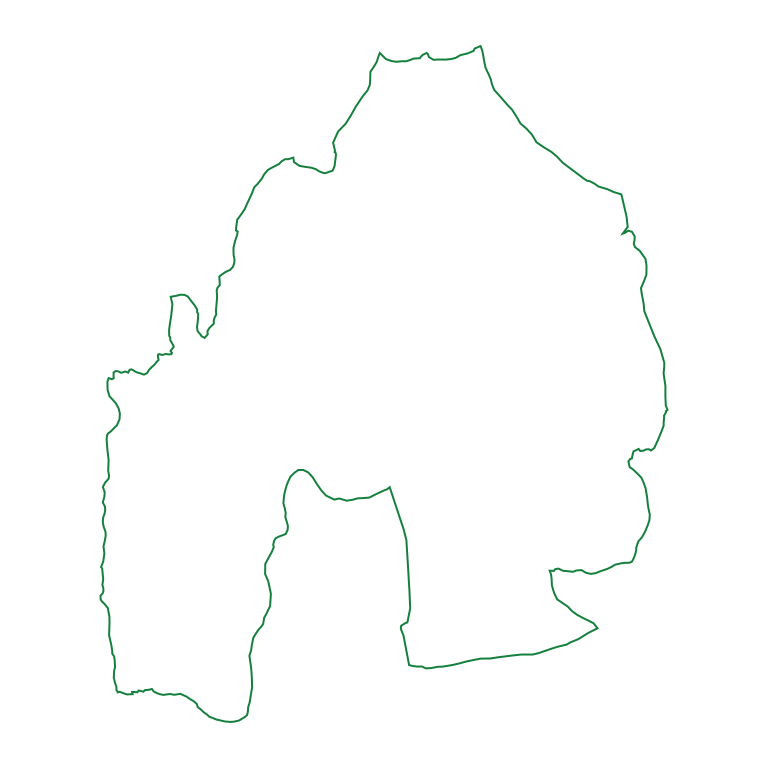 outline of Kasulu Township Authority, Kigoma, United Republic of Tanzania
{"feature_id": "72390352B60593007856017", "entity_name": "Kasulu Township Authority", "entity_type": "district", "adm_level": 2, "iso_a3": "TZA", "parent_name": "United Republic of Tanzania", "parent_adm1": "Kigoma", "projection": "robinson", "projection_center": [30.062, -4.582], "detail": "fine", "context": "isolated", "style": "outline", "palette": "green", "viewbox_px": 768, "rotation_deg": 0, "n_neighbors": 0, "source": "geoboundaries", "source_scale": "gbopen_adm2", "svg_char_len": 6011}
<svg xmlns="http://www.w3.org/2000/svg" viewBox="0 0 768 768"><path d="M117.8,692.3L119.7,691.8L124.7,693.7L126.9,694.4L131.6,694.2L132.6,694.2L132.1,692.0L134.6,692.0L137.4,692.3L138.7,690.5L141.3,691.1L143.4,691.7L145.0,690.1L148.8,689.8L151.9,689.0L153.6,691.4L156.8,693.1L159.6,694.1L163.5,694.9L166.8,694.4L170.2,694.0L174.2,694.8L177.5,694.3L180.3,693.8L186.7,696.7L189.6,698.8L193.7,701.2L196.8,704.0L197.8,707.2L200.9,709.5L203.3,711.9L207.1,714.6L209.1,716.6L216.4,719.5L225.1,721.5L230.1,721.9L233.8,721.7L239.1,720.5L245.0,716.9L247.1,715.0L247.8,712.0L248.3,706.6L249.6,702.7L252.1,687.2L251.8,676.8L251.2,668.3L249.4,655.7L251.1,650.5L251.9,644.7L253.4,637.6L255.8,633.7L258.5,629.7L260.6,627.4L263.1,624.1L264.2,617.7L266.5,613.6L268.2,609.9L270.1,606.2L270.9,593.8L268.2,581.1L265.1,574.0L265.3,563.8L268.6,557.7L271.8,551.9L273.8,547.1L273.2,544.9L274.1,540.8L275.7,538.2L279.6,536.3L283.0,535.1L285.7,534.0L287.6,530.0L287.9,525.8L285.3,516.8L285.7,512.7L284.7,508.0L283.4,503.3L283.8,498.2L284.4,493.8L285.9,487.9L286.7,485.2L288.2,481.4L290.6,476.4L294.8,472.5L298.3,470.0L303.3,470.0L308.2,472.4L312.6,477.2L317.2,484.5L321.5,490.6L326.1,495.6L334.3,499.6L339.2,498.5L346.8,500.7L352.9,499.7L357.7,498.3L362.9,498.1L369.2,497.6L377.4,493.5L381.8,491.5L384.1,490.4L386.9,489.4L389.7,487.2L403.8,529.9L406.4,540.3L408.1,568.0L409.0,583.7L409.4,590.1L410.2,608.3L407.4,622.4L405.0,623.3L401.2,625.7L400.8,628.7L403.5,635.6L409.1,665.0L411.7,665.8L416.4,666.5L422.1,666.5L425.8,668.4L431.7,668.0L437.5,666.8L442.9,666.6L452.6,665.0L458.6,663.6L466.3,661.5L473.0,660.1L480.8,658.6L490.2,658.5L499.4,657.1L512.4,655.5L521.6,654.5L532.8,654.5L538.7,653.1L550.8,648.9L558.2,646.6L566.6,644.6L570.3,642.4L578.2,639.2L588.7,632.7L597.5,628.3L593.6,623.3L589.0,620.9L582.6,617.8L576.8,614.6L571.9,611.0L567.8,606.6L557.2,599.4L554.1,592.9L551.9,585.4L551.6,578.7L551.0,574.3L549.7,570.7L553.9,570.9L555.2,569.2L558.4,568.6L563.2,570.8L568.7,571.3L573.0,571.8L576.3,570.5L581.5,570.1L586.2,572.9L591.0,573.9L595.8,573.1L600.5,571.2L607.6,568.8L611.5,566.9L615.1,564.7L620.3,563.5L624.6,562.8L629.1,562.8L631.9,561.7L633.5,558.7L635.1,554.7L636.3,549.7L636.2,547.8L638.3,541.5L641.9,537.3L645.1,531.6L647.6,525.6L649.4,520.3L649.8,514.7L648.4,508.1L647.8,504.3L647.1,497.3L645.6,488.2L643.4,482.1L641.3,477.6L637.4,473.6L633.0,469.4L629.7,467.2L628.4,461.5L630.2,458.9L631.8,458.6L632.7,454.4L633.5,451.4L636.1,450.2L638.6,448.9L640.2,451.0L643.4,450.7L646.4,449.3L649.1,449.3L651.0,450.5L654.3,448.0L657.9,440.1L661.9,430.4L663.7,425.4L663.6,423.3L664.2,416.4L664.0,415.8L666.1,412.0L665.9,411.2L667.5,409.9L665.8,405.6L665.4,397.0L665.4,385.9L663.6,373.4L664.2,367.3L664.3,362.7L660.4,349.3L654.2,336.0L644.3,311.1L643.6,303.5L641.5,292.4L641.0,288.1L644.0,281.1L646.4,274.6L646.5,265.6L645.5,258.9L639.8,250.9L634.9,247.0L633.8,243.7L634.5,240.3L634.7,236.4L632.0,231.8L628.2,230.7L625.0,232.8L622.8,233.6L627.7,226.9L626.5,216.4L621.4,194.4L613.9,192.1L607.2,189.1L598.4,186.5L594.7,183.8L589.8,181.2L586.9,180.7L583.7,178.5L562.7,162.7L557.0,156.6L551.4,151.9L543.7,147.2L536.5,142.3L531.8,134.4L526.3,128.5L520.4,123.4L517.1,117.6L512.0,109.6L507.9,105.4L499.1,95.3L494.2,89.9L492.0,84.4L490.9,79.7L488.7,74.4L487.2,71.3L485.5,67.5L484.1,60.9L483.2,55.3L482.2,50.3L480.5,46.1L479.9,46.3L474.6,48.6L473.6,50.9L467.7,53.4L463.0,54.5L460.3,55.2L455.6,57.9L451.3,59.0L445.7,59.6L438.8,59.5L433.5,59.8L428.9,57.0L428.0,54.3L426.6,53.0L422.7,54.9L420.7,56.9L419.9,58.2L413.5,58.6L410.2,60.0L405.8,61.3L402.1,61.2L396.5,61.8L391.3,61.0L386.0,59.1L379.8,53.0L378.5,56.3L376.7,62.0L373.7,67.0L370.4,71.7L370.2,79.5L369.8,84.9L367.6,90.3L363.0,95.9L356.0,106.3L350.6,115.9L345.6,123.8L338.1,131.5L333.1,142.7L334.9,150.2L334.7,152.1L335.4,152.2L336.0,154.6L334.6,165.9L332.6,170.7L325.1,173.2L323.5,173.0L319.3,171.4L315.9,169.2L311.3,167.7L306.8,167.1L299.5,165.9L294.0,162.1L293.3,157.6L293.0,157.7L288.4,159.2L285.1,159.2L281.6,161.3L279.2,163.8L275.7,165.7L271.8,167.7L267.8,170.0L264.1,174.4L261.9,178.5L257.8,183.7L254.3,187.2L251.8,193.7L247.9,202.0L244.6,209.3L241.8,213.5L239.0,217.4L237.2,219.7L236.1,228.0L236.0,230.5L237.7,231.5L237.1,235.0L235.2,240.7L233.5,247.6L233.5,251.2L233.6,255.0L234.4,258.7L234.4,262.3L233.0,266.8L230.2,269.8L225.7,271.9L221.5,274.7L219.3,276.6L219.6,280.7L219.8,285.0L217.5,287.7L216.7,290.2L217.1,297.4L216.3,306.6L215.9,311.1L216.3,314.5L214.6,317.5L213.8,320.3L213.8,323.7L209.4,327.9L207.5,331.0L207.7,334.4L204.6,337.9L201.7,336.3L199.8,333.7L197.6,331.1L197.0,327.0L198.0,319.3L198.2,314.0L197.1,312.1L197.2,309.6L194.8,305.5L190.8,300.5L187.8,296.5L184.6,294.9L180.5,294.7L176.3,295.8L170.7,296.8L172.4,304.1L171.2,315.9L170.2,321.9L169.1,329.8L169.2,335.8L170.2,337.5L170.3,340.2L173.3,345.5L173.7,346.8L172.2,348.8L170.5,351.0L172.0,352.9L171.4,354.2L168.4,354.4L165.6,354.0L162.0,355.0L159.6,354.1L158.1,354.6L157.9,356.7L158.6,359.9L156.7,361.8L154.8,364.4L151.6,367.2L149.0,369.9L147.1,373.1L143.9,374.6L139.7,373.1L136.3,372.2L133.3,370.3L131.6,369.4L129.6,369.8L128.1,372.6L125.4,371.5L121.1,372.8L118.1,371.3L115.5,371.1L113.6,372.5L113.6,376.4L113.7,378.3L111.8,379.2L108.7,378.1L107.4,381.7L107.6,389.9L109.4,396.1L115.8,403.2L118.6,408.3L119.6,412.5L119.7,412.8L119.9,413.7L119.5,419.5L116.9,425.2L113.1,429.1L110.6,431.6L108.2,433.3L107.0,435.3L106.6,439.5L107.4,449.6L108.6,460.1L108.2,470.6L109.1,475.9L108.6,478.7L105.3,482.4L102.9,486.8L103.8,489.8L104.7,492.0L104.4,496.5L102.8,502.5L105.0,506.6L105.2,510.6L104.4,514.2L103.2,517.4L102.8,521.9L103.6,526.6L105.5,531.7L105.7,535.5L104.9,540.4L103.5,546.3L104.4,553.7L103.2,561.6L101.1,567.0L102.2,568.6L102.8,575.2L103.2,579.3L102.4,584.9L103.3,588.0L103.4,591.1L102.6,593.5L100.5,595.8L100.6,599.3L101.8,601.4L104.5,603.9L107.8,608.0L109.4,616.6L109.5,623.3L109.1,635.3L111.4,645.5L112.2,650.7L112.3,653.7L114.1,656.4L114.6,659.5L114.9,663.9L115.1,666.8L114.1,671.0L113.8,677.7L114.9,682.6L116.3,686.4L116.5,690.1L117.8,692.0L117.8,692.3Z" fill="none" stroke="#15803d" stroke-width="2"/></svg>